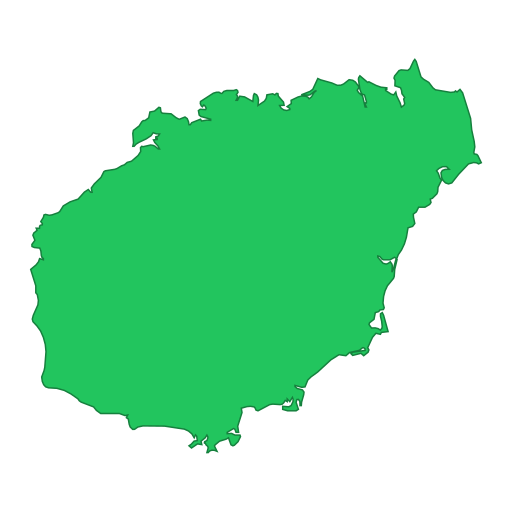 an SVG outline of Hainan
{"feature_id": "CHN-1775", "entity_name": "Hainan", "entity_type": "Province", "adm_level": 1, "iso_a3": "CHN", "parent_name": "China", "parent_adm1": "", "projection": "mercator", "projection_center": [109.857, 19.166], "detail": "fine", "context": "isolated", "style": "filled", "palette": "green", "viewbox_px": 512, "rotation_deg": 0, "n_neighbors": 0, "source": "natural_earth", "source_scale": "10m", "svg_char_len": 5962}
<svg xmlns="http://www.w3.org/2000/svg" viewBox="0 0 512 512"><path d="M476.8,154.4L477.9,155.6L481.3,162.7L478.6,163.9L476.5,162.8L473.6,162.5L468.5,163.9L458.7,174.2L451.8,182.9L448.5,183.9L445.5,182.9L443.1,180.5L441.6,177.4L441.0,172.8L442.4,170.4L445.2,169.4L449.2,169.3L446.5,166.6L442.5,166.7L438.8,168.5L436.5,170.8L438.2,173.1L440.0,178.2L441.6,180.1L438.0,187.3L437.7,191.7L436.9,193.8L432.4,198.3L430.2,199.1L431.0,202.5L429.7,204.4L425.0,207.2L418.6,207.2L416.3,211.9L413.3,214.1L413.5,217.4L414.8,223.5L412.6,226.4L408.0,227.8L406.4,237.3L404.4,243.9L401.5,250.0L398.3,254.6L396.7,258.8L394.5,257.3L390.0,259.8L383.6,259.8L382.1,259.2L379.9,256.6L377.8,256.0L377.8,257.3L383.1,263.3L386.2,264.1L388.3,263.3L390.3,261.8L391.9,264.1L392.3,265.7L391.9,272.2L393.3,269.2L395.8,259.8L397.0,259.8L394.7,269.5L394.2,276.5L393.5,278.4L387.4,285.8L385.1,290.7L383.6,296.4L383.0,303.1L384.2,307.8L383.4,309.5L380.0,309.9L378.7,311.6L375.3,312.6L374.0,319.3L369.5,322.8L369.0,324.5L371.5,328.0L375.2,327.9L378.1,328.6L380.4,330.1L381.9,328.2L382.2,326.6L381.7,321.4L380.5,316.4L380.5,313.8L382.3,312.6L383.6,315.3L388.1,331.6L381.4,332.4L380.4,334.3L375.9,333.3L372.5,337.3L367.7,347.7L368.9,349.9L368.1,352.2L363.7,355.7L361.0,353.3L352.7,355.4L351.0,353.7L352.9,352.2L365.1,350.4L365.1,348.9L363.7,347.7L362.6,347.7L359.4,350.3L349.6,352.5L345.9,355.7L339.0,354.7L330.9,359.8L317.8,371.9L311.1,376.8L307.8,380.0L305.0,386.9L301.8,387.3L295.0,385.4L295.0,386.6L297.2,388.5L302.4,389.9L304.0,392.1L303.7,394.7L301.6,402.1L301.3,405.6L300.0,405.6L299.9,401.5L298.5,399.4L296.9,399.5L296.1,402.3L298.4,409.3L296.1,410.8L287.7,410.8L282.7,409.4L282.7,406.3L288.7,406.8L291.1,405.6L293.0,401.6L293.1,399.3L292.4,397.4L289.8,401.6L287.2,398.9L287.2,401.6L285.2,400.4L283.7,402.8L282.1,404.2L280.1,404.6L272.8,404.1L269.7,404.6L258.0,410.8L256.0,410.1L255.0,407.8L254.0,406.9L250.5,406.3L246.9,406.6L241.3,408.2L242.0,412.5L237.7,426.2L238.6,432.3L236.0,432.3L234.9,429.3L233.6,428.5L227.2,432.3L227.2,433.7L231.6,433.4L234.9,435.1L240.0,435.1L240.5,436.6L238.0,441.7L234.4,445.2L232.9,445.8L231.0,444.8L228.5,437.8L226.0,439.2L219.5,441.2L215.2,444.8L214.5,445.8L214.8,446.8L217.0,451.3L214.4,450.3L211.8,450.2L209.6,451.0L208.2,452.6L206.9,452.6L208.2,447.9L207.7,446.3L206.0,444.8L205.4,443.1L204.5,443.1L204.4,442.5L204.7,441.6L206.9,440.6L207.8,438.2L207.9,437.0L206.9,435.1L205.2,437.8L201.0,441.2L201.8,444.6L197.5,443.9L191.5,448.0L189.0,445.8L191.4,444.1L194.1,441.1L197.3,440.6L196.7,436.2L195.5,434.9L194.2,437.8L191.9,433.9L188.5,431.0L184.3,429.1L164.5,426.1L143.0,425.9L137.9,427.0L134.6,429.3L132.7,429.4L130.2,427.0L129.2,424.2L128.3,419.0L126.4,417.7L127.7,415.0L125.1,415.6L119.4,413.5L100.7,413.5L96.4,410.4L93.6,406.9L81.1,402.1L79.3,400.8L77.9,398.8L70.9,393.9L64.3,390.4L56.8,388.3L48.5,387.8L45.6,386.8L43.7,384.7L42.3,381.4L41.7,377.0L44.1,370.5L44.8,367.2L46.0,351.7L45.3,344.5L43.4,337.4L40.6,331.0L37.1,326.1L33.0,321.7L32.3,319.1L33.3,315.3L37.9,304.9L38.4,300.4L37.3,294.6L35.8,292.8L35.8,285.8L30.7,269.4L36.1,264.9L38.5,261.8L39.6,258.6L43.4,259.8L43.4,258.6L42.0,257.4L41.3,255.3L40.9,251.1L39.8,248.1L34.3,247.5L32.0,246.5L31.9,244.4L34.9,240.3L32.9,235.2L33.8,233.0L37.1,230.3L36.2,228.2L39.5,228.3L39.6,226.2L40.3,225.3L42.3,224.8L42.3,223.5L40.8,221.6L43.4,217.3L44.0,214.9L45.5,214.4L49.2,215.3L51.9,214.9L58.2,212.7L59.7,211.6L63.3,205.9L70.2,201.8L78.1,199.1L84.4,192.1L88.3,189.5L90.7,192.3L92.1,192.3L91.3,188.0L94.3,183.9L101.0,177.4L103.9,171.6L105.3,170.8L114.9,169.3L117.1,168.5L121.6,165.8L124.4,164.8L127.2,162.4L131.5,161.2L138.1,155.5L140.7,151.5L140.5,147.6L141.7,146.3L143.1,146.7L150.6,145.0L153.2,145.4L155.1,146.3L158.3,149.0L159.6,149.0L157.9,145.9L154.8,142.5L153.5,139.9L157.2,139.5L157.2,138.2L155.8,138.2L155.8,136.8L158.3,136.0L159.6,134.0L156.2,133.8L153.2,132.7L151.0,135.7L146.2,138.9L139.2,142.2L136.1,144.1L134.1,146.3L132.8,146.3L133.5,142.8L132.8,133.4L133.4,130.4L139.2,125.9L141.7,121.9L143.2,120.6L145.1,120.5L148.7,117.8L149.9,112.0L154.5,111.1L158.9,107.3L160.4,107.8L160.9,111.7L162.2,113.2L171.1,113.8L176.1,117.7L179.2,119.3L185.0,117.0L187.2,118.6L188.5,121.7L189.0,124.7L190.3,124.7L191.7,122.7L200.5,119.2L201.6,121.0L207.0,120.1L210.7,120.4L210.7,119.2L200.9,116.5L199.2,115.1L198.4,110.6L200.2,109.3L205.6,109.6L206.2,108.2L205.2,106.2L203.8,105.0L202.4,106.8L201.2,105.7L200.3,103.6L200.5,101.5L213.3,93.2L216.3,92.3L219.0,92.2L220.9,93.4L222.0,93.4L223.8,91.4L226.8,90.5L233.6,90.5L236.3,89.7L237.5,90.5L238.0,92.3L236.4,94.7L237.5,96.1L237.5,97.4L236.1,100.3L237.5,100.3L239.7,96.2L244.6,96.9L252.8,101.5L253.5,95.4L254.3,93.6L256.6,94.8L257.9,97.1L258.5,100.1L258.0,105.5L264.5,101.1L266.3,98.3L266.9,94.8L272.7,93.8L274.9,94.9L276.4,93.4L277.9,93.6L278.3,96.1L283.5,102.1L284.1,105.3L279.6,105.5L281.1,108.1L283.7,109.9L286.7,110.5L289.8,109.6L289.8,108.4L287.1,106.6L291.3,103.6L291.1,100.3L298.0,97.0L301.3,96.1L305.3,96.2L307.7,97.0L309.1,98.8L311.5,96.9L314.1,92.5L316.5,90.5L314.5,91.3L310.1,94.8L308.1,95.2L301.3,94.8L310.0,91.4L312.8,89.3L317.8,78.5L320.5,79.8L331.9,83.0L337.2,85.3L340.8,85.2L343.6,84.0L349.1,79.7L352.8,80.3L355.4,82.0L358.8,86.6L358.8,87.8L357.2,90.3L358.5,92.5L362.6,96.1L365.1,107.0L366.4,107.0L365.1,104.2L365.1,102.9L366.4,102.9L366.4,101.5L364.8,95.8L364.4,94.8L362.6,94.4L361.3,93.2L359.9,89.3L358.4,79.2L358.7,77.6L359.9,75.8L367.7,82.4L368.9,81.8L376.2,85.5L381.0,87.2L386.8,87.8L386.8,89.3L385.6,89.3L385.6,90.5L391.1,94.1L393.7,94.9L395.8,92.0L396.7,95.9L400.1,102.9L401.4,107.1L404.0,105.2L404.7,103.6L403.7,99.0L404.7,97.4L402.0,93.8L401.5,90.3L400.5,87.7L394.9,85.8L395.1,80.4L394.0,78.1L394.6,76.0L399.0,70.6L401.1,69.9L407.8,70.4L410.0,68.6L413.5,61.1L414.8,59.4L416.2,61.4L421.0,76.9L423.5,79.2L428.8,82.4L432.9,87.8L435.4,89.8L450.6,92.4L454.4,92.0L455.5,90.9L457.0,92.0L460.0,89.4L462.6,92.8L470.6,118.4L471.7,129.9L474.2,141.5L474.8,146.9L473.8,152.4L474.2,153.9L476.8,154.4Z" fill="#22c55e" stroke="#15803d" stroke-width="1.5"/></svg>